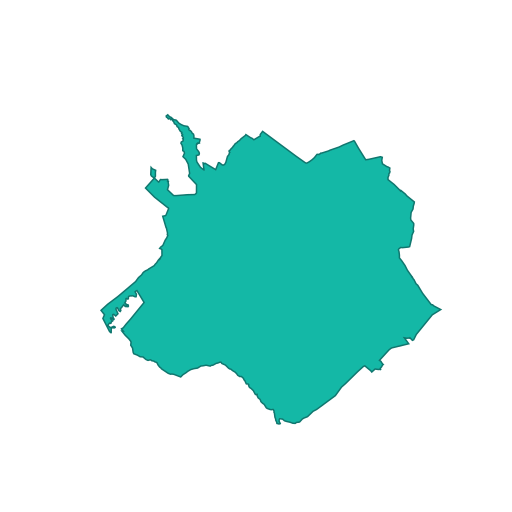 Mogosesti, Iasi, Romania (Natural Earth projection), rotated 61°
{"feature_id": "2599482B56891925911453", "entity_name": "Mogosesti", "entity_type": "district", "adm_level": 2, "iso_a3": "ROU", "parent_name": "Romania", "parent_adm1": "Iasi", "projection": "natural_earth1", "projection_center": [27.481, 47.029], "detail": "fine", "context": "isolated", "style": "filled", "palette": "teal", "viewbox_px": 512, "rotation_deg": 61, "n_neighbors": 0, "source": "geoboundaries", "source_scale": "gbopen_adm2", "svg_char_len": 6132}
<svg xmlns="http://www.w3.org/2000/svg" viewBox="0 0 512 512"><g transform="rotate(61 256 256)"><path d="M414.3,316.0L411.7,315.9L410.2,314.9L409.8,314.2L411.6,311.8L413.9,311.0L415.6,309.4L417.8,306.9L420.1,304.9L421.4,302.9L421.2,301.2L422.1,299.1L422.3,298.3L421.0,294.4L421.0,292.5L421.5,288.8L419.5,281.3L419.6,277.4L416.6,254.3L412.1,244.7L411.0,239.6L406.5,223.4L404.7,215.8L404.8,214.1L411.9,211.3L413.6,211.0L412.6,206.6L414.5,204.1L415.2,202.6L415.6,202.4L415.5,201.9L414.7,202.0L414.3,201.4L413.9,200.0L412.5,197.9L412.6,197.4L410.4,197.8L408.8,197.8L407.1,198.6L402.6,185.2L402.2,182.8L402.2,181.8L406.8,165.0L399.5,165.9L400.9,164.2L401.9,162.0L402.5,161.3L402.3,161.0L405.6,160.1L405.7,158.7L402.3,153.8L392.9,130.3L392.4,120.4L386.0,124.6L384.3,125.2L383.5,126.3L382.9,126.4L369.3,128.4L360.0,128.7L357.9,129.5L353.3,129.3L352.2,129.6L350.0,129.5L349.8,129.9L349.2,129.7L341.8,130.5L336.5,130.3L330.5,130.9L327.2,131.5L324.7,130.1L321.7,128.9L319.5,128.4L319.0,127.6L318.7,125.3L319.7,123.9L322.1,118.2L322.3,117.1L316.2,111.5L313.3,109.4L310.9,106.2L308.5,105.4L305.4,103.0L304.0,102.3L299.5,103.1L297.8,102.4L293.1,99.2L291.0,95.9L288.6,94.2L286.9,92.4L285.5,91.3L276.6,94.9L274.1,95.4L268.9,97.5L269.2,98.0L260.5,100.5L253.2,103.5L251.3,102.5L249.7,100.5L248.9,100.2L248.2,99.5L248.1,98.8L247.1,97.9L245.8,97.7L244.0,96.3L242.1,97.4L241.3,98.2L236.7,100.7L233.4,99.7L230.9,97.7L229.5,99.0L226.1,110.6L225.0,113.4L211.5,114.1L203.3,114.2L202.6,114.5L201.2,126.1L201.0,130.4L199.3,140.1L199.3,141.4L197.8,148.8L197.4,149.4L197.7,150.3L197.6,151.2L197.8,151.7L197.1,152.5L196.7,153.4L198.3,157.3L199.0,160.3L199.4,163.6L199.4,166.0L199.2,166.9L198.6,167.5L197.5,168.1L187.9,172.7L150.2,189.8L151.8,193.4L153.3,194.2L153.1,195.0L153.3,201.5L151.3,202.3L149.7,203.5L144.9,206.0L145.4,206.8L146.2,212.2L147.0,214.5L147.2,216.8L147.6,217.5L147.7,219.7L149.1,222.6L149.0,222.9L149.5,223.5L150.4,226.6L150.9,227.1L150.8,228.3L151.3,228.8L152.7,228.7L152.8,229.2L154.2,230.5L155.1,232.7L159.5,237.0L160.7,239.0L160.7,240.3L160.1,241.3L156.6,242.8L156.2,243.6L160.9,249.4L150.3,255.5L150.2,256.6L149.4,256.7L149.0,257.2L155.4,259.7L155.2,260.0L151.5,261.6L145.2,262.1L143.3,261.6L139.2,259.4L139.9,257.0L139.8,256.7L138.6,255.7L136.9,255.5L133.5,256.1L130.0,254.3L129.1,253.3L129.1,253.0L129.4,252.9L128.9,252.2L129.2,251.8L129.6,251.7L129.8,250.7L129.3,250.6L127.3,248.6L126.7,248.4L122.8,253.2L120.7,252.0L119.1,251.6L117.5,252.3L116.0,252.2L114.2,252.7L114.0,253.2L113.1,253.4L112.5,253.4L112.2,252.8L109.8,252.9L109.4,253.1L107.1,256.0L104.5,257.9L102.3,259.1L98.8,259.8L98.2,260.2L96.9,261.9L93.6,263.0L92.8,263.7L90.7,264.6L89.7,264.7L90.0,266.7L91.1,267.0L92.0,266.5L93.6,266.2L93.8,266.0L93.6,265.3L94.9,264.4L95.5,264.4L95.4,263.5L95.7,263.1L97.2,263.3L98.9,262.9L100.7,263.2L102.9,261.9L104.5,262.3L106.1,261.5L107.5,261.8L110.4,261.7L111.9,260.9L112.7,261.7L114.4,261.4L114.8,261.8L114.6,262.4L114.8,262.5L117.1,262.1L117.7,262.4L117.9,263.3L118.8,263.1L120.0,264.0L120.1,266.1L121.0,267.0L123.1,266.9L126.1,267.7L128.4,269.0L129.7,268.2L131.5,268.8L133.7,271.7L137.4,270.6L142.7,270.7L151.6,274.0L153.1,276.0L153.6,276.2L164.7,273.4L172.0,277.5L172.5,278.9L172.5,279.9L169.2,286.2L164.5,296.5L163.4,298.5L163.0,298.8L155.1,301.3L151.8,298.1L148.7,297.0L148.3,296.5L147.7,297.1L146.8,296.2L146.1,296.2L143.7,301.1L142.8,302.5L144.2,305.2L144.0,305.4L138.6,307.1L137.5,305.3L134.2,303.5L132.4,302.2L129.5,304.4L127.7,304.8L133.8,308.6L135.2,308.7L138.6,307.2L143.0,319.7L155.4,316.2L170.8,309.8L171.4,309.3L172.2,309.5L176.6,314.9L176.8,315.7L176.0,318.3L187.6,320.9L187.8,320.7L192.8,322.2L193.9,322.8L194.2,323.2L195.3,323.2L196.8,325.2L198.1,327.7L201.4,332.1L201.7,333.0L202.0,335.1L202.7,336.6L203.7,335.7L204.8,335.2L210.0,338.0L211.0,340.2L211.7,340.9L211.5,341.5L212.2,341.7L212.4,342.3L212.0,342.7L212.2,343.3L213.8,346.3L214.3,348.1L215.1,349.7L215.3,355.9L215.6,357.4L215.4,359.7L215.5,361.3L215.8,362.8L217.1,365.3L217.9,369.2L220.0,373.7L224.5,396.4L226.3,409.2L228.4,417.9L233.9,417.0L236.4,420.2L251.0,420.7L252.6,420.2L252.8,419.8L249.5,417.9L249.0,417.3L249.1,416.5L250.2,414.8L250.2,413.8L249.9,413.7L249.3,413.8L248.5,414.6L248.3,417.0L247.6,418.4L244.7,419.2L243.7,416.6L244.4,416.0L244.5,415.5L243.5,414.4L243.3,413.0L240.6,413.6L239.8,413.4L239.6,413.1L240.1,412.4L242.7,411.4L242.4,410.7L240.4,410.8L237.9,409.8L237.8,409.4L238.2,408.6L240.5,407.8L239.6,404.7L234.6,404.3L233.8,403.6L233.8,402.6L234.1,402.3L237.4,402.4L238.7,401.7L238.2,400.7L236.4,400.2L236.1,399.8L236.1,399.0L234.5,395.4L236.8,394.8L238.3,392.5L238.1,392.0L237.0,391.5L236.4,391.8L236.2,392.2L236.4,392.9L236.1,393.2L234.7,392.9L233.4,393.5L232.3,391.6L230.2,390.4L230.2,390.0L231.3,389.3L231.6,388.7L231.5,388.4L229.9,387.4L229.6,386.7L229.8,385.7L231.2,382.9L233.1,381.5L233.5,380.6L231.5,379.1L228.7,379.1L228.5,378.7L228.5,376.9L242.4,376.4L250.4,396.4L252.6,402.6L254.4,406.8L254.5,409.0L257.3,408.5L256.6,409.7L262.0,408.8L266.7,407.4L269.9,406.9L271.0,407.2L273.3,408.8L276.6,408.6L280.6,410.1L282.2,410.3L285.2,407.8L287.9,406.2L289.5,403.8L293.0,402.5L294.7,401.3L295.1,400.7L295.4,399.1L295.7,398.5L297.0,398.0L298.4,396.3L299.7,395.7L300.3,395.0L301.2,394.4L304.0,394.5L306.5,394.1L307.7,393.5L308.8,393.4L316.0,389.7L317.9,388.1L318.5,386.7L319.7,385.2L325.3,380.5L324.4,377.5L324.1,373.2L323.8,371.9L323.7,368.2L324.4,365.0L325.7,361.4L325.5,357.6L326.4,355.4L327.3,352.6L330.1,349.4L330.0,348.1L330.6,346.6L330.6,342.8L331.1,341.3L331.4,338.9L331.9,338.1L333.4,338.0L336.6,335.6L340.8,334.4L342.1,333.7L342.7,332.9L344.8,332.1L347.4,330.6L349.5,330.0L351.5,329.8L353.6,328.6L354.3,327.2L356.9,326.3L358.6,326.5L359.9,326.2L363.0,326.5L363.4,326.2L364.0,325.1L364.8,324.7L365.1,324.7L365.7,325.3L367.8,325.4L369.5,324.5L372.5,323.6L376.4,323.7L376.9,323.6L377.6,322.1L378.3,322.7L381.1,322.9L383.5,321.9L385.8,322.3L388.1,321.6L389.7,320.8L393.7,320.6L394.8,320.1L397.2,318.0L398.1,316.7L398.4,315.5L398.7,315.3L400.5,315.4L401.2,316.0L402.4,316.1L406.2,317.6L408.4,317.9L408.9,318.3L411.6,318.5L412.6,318.9L414.0,317.4L414.4,316.4L414.3,316.0Z" fill="#14b8a6" stroke="#0f766e" stroke-width="1.5"/></g></svg>